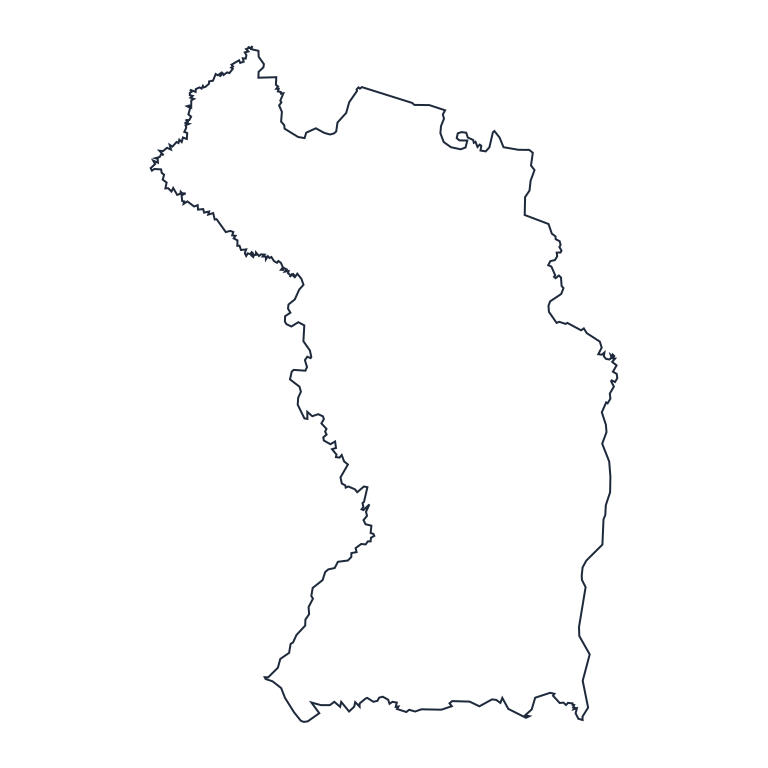 the district of Majalengka, Jawa Barat, Indonesia
{"feature_id": "22746128B87647472826371", "entity_name": "Majalengka", "entity_type": "district", "adm_level": 2, "iso_a3": "IDN", "parent_name": "Indonesia", "parent_adm1": "Jawa Barat", "projection": "albers", "projection_center": [108.194, -6.808], "detail": "fine", "context": "isolated", "style": "outline", "palette": "slate", "viewbox_px": 768, "rotation_deg": 0, "n_neighbors": 0, "source": "geoboundaries", "source_scale": "gbopen_adm2", "svg_char_len": 6052}
<svg xmlns="http://www.w3.org/2000/svg" viewBox="0 0 768 768"><path d="M582.6,720.0L582.5,716.6L588.1,707.6L582.7,680.8L589.7,654.4L579.3,636.0L579.0,627.0L585.6,587.2L582.0,580.0L581.7,575.7L582.6,567.4L586.3,560.6L602.4,544.6L603.5,519.4L605.3,515.0L605.8,505.2L610.1,492.3L610.4,476.7L609.2,461.5L602.2,443.7L606.5,432.1L605.9,424.8L601.8,412.3L606.2,402.4L607.6,403.3L610.4,398.7L609.8,393.6L613.9,386.6L611.1,381.3L611.7,380.4L615.0,382.0L617.3,378.2L616.7,373.9L612.9,371.7L616.6,365.4L612.2,361.9L615.1,358.5L612.9,358.3L614.2,356.0L612.8,354.7L612.6,356.6L610.7,354.9L611.5,357.5L609.5,359.5L606.1,358.9L603.9,356.4L604.4,352.5L601.9,354.7L598.3,354.2L601.7,347.6L599.8,341.6L586.8,333.2L583.8,328.4L581.1,330.3L567.3,322.9L565.6,323.9L559.2,321.8L556.6,322.9L548.9,311.8L548.5,305.7L550.2,301.3L561.2,294.0L563.5,288.1L561.6,286.0L561.0,277.5L558.9,275.5L555.6,278.2L554.0,276.8L555.2,275.3L551.4,266.6L548.2,265.2L550.4,261.1L554.9,260.1L557.2,256.3L556.7,252.6L560.5,252.5L561.5,250.6L559.4,247.1L560.6,244.8L559.6,241.2L555.7,239.2L555.5,236.4L551.8,233.6L548.5,224.0L524.7,215.0L525.1,197.1L529.5,190.6L530.6,180.7L534.5,170.1L531.0,165.5L532.8,152.8L529.3,149.9L518.5,149.8L503.5,147.2L499.6,137.6L494.4,131.0L492.9,132.3L489.4,147.3L485.7,151.4L480.5,150.5L481.3,145.8L479.7,144.6L477.5,147.0L475.5,141.8L473.8,142.8L473.2,140.0L467.8,137.5L466.2,132.7L461.6,132.1L457.8,133.3L456.7,138.1L459.4,140.4L467.3,140.5L465.5,147.5L460.7,149.3L450.9,147.2L443.7,142.0L440.4,133.3L441.0,126.2L444.0,118.6L442.8,114.5L445.1,110.3L429.3,105.1L414.4,104.9L412.1,102.9L361.9,87.1L359.9,88.6L358.5,87.4L356.6,89.4L357.0,91.0L349.2,102.2L346.2,112.9L337.5,122.5L336.2,131.5L333.8,133.5L330.0,134.5L324.3,132.9L315.8,128.3L306.2,132.7L304.6,138.1L298.1,137.0L284.6,128.7L284.2,125.1L281.1,121.6L281.9,111.8L279.1,105.4L281.4,102.4L280.3,100.7L283.4,93.2L280.9,93.6L280.8,92.0L277.9,91.4L278.7,88.8L276.3,88.8L278.1,86.5L275.9,84.8L276.3,77.2L258.4,77.7L258.6,71.8L263.4,67.4L263.9,64.1L258.7,56.8L258.4,50.8L251.3,49.2L252.3,46.1L250.4,48.4L248.2,46.6L248.8,48.1L246.1,49.1L248.4,51.5L244.8,52.4L246.4,55.2L245.7,58.6L242.8,58.3L243.7,61.7L240.2,62.9L239.1,60.3L231.5,64.7L233.0,66.5L231.2,67.6L232.8,68.8L229.4,73.1L227.1,72.4L223.6,75.0L222.6,73.2L219.9,76.6L220.6,73.3L217.8,75.3L215.7,74.0L213.0,80.7L209.1,81.4L208.9,83.9L205.5,86.8L203.7,87.4L202.9,85.9L201.6,88.6L199.5,87.4L195.8,89.1L195.6,91.9L190.0,89.7L191.9,91.6L189.8,92.9L189.8,95.1L192.6,95.9L190.5,97.7L193.9,98.9L191.3,100.3L191.2,107.2L189.5,105.5L187.0,106.2L190.2,107.9L188.4,114.4L191.1,116.7L189.3,120.0L185.5,120.1L188.0,121.0L187.8,122.3L184.6,122.9L188.9,123.9L185.5,125.3L186.3,127.6L184.3,131.9L187.2,133.0L186.8,139.0L182.9,137.5L181.7,142.0L179.3,139.7L178.5,143.0L176.6,142.0L172.4,146.6L169.7,144.9L171.0,149.6L167.0,147.8L163.0,151.1L159.4,150.7L163.5,155.1L161.1,154.2L159.7,157.0L155.4,158.2L157.7,158.8L157.9,162.7L153.2,160.6L155.1,164.1L150.7,168.1L151.9,170.6L154.3,169.0L161.1,169.4L161.7,172.9L164.1,174.7L162.7,179.6L166.6,182.5L165.4,188.4L168.1,188.2L171.5,191.5L173.2,188.0L177.2,194.9L180.5,193.7L180.7,191.7L182.2,193.3L185.6,193.4L181.6,195.3L182.2,201.1L184.1,201.4L183.6,203.9L187.4,201.4L194.1,206.5L197.7,205.2L198.0,209.6L203.2,209.1L204.1,212.6L209.1,211.5L208.2,214.6L213.2,213.1L214.7,219.5L216.6,219.2L225.8,232.1L230.2,230.9L233.3,232.0L232.2,235.4L235.5,235.8L233.7,238.4L237.5,240.4L237.3,245.8L239.5,245.7L241.0,250.0L246.2,249.4L244.8,253.1L246.2,256.0L247.7,253.4L250.4,254.1L251.7,252.1L253.0,253.3L251.4,255.5L253.3,257.0L253.9,255.0L255.9,254.9L256.0,252.5L259.0,256.0L260.8,254.4L264.5,254.6L262.8,256.5L265.8,256.6L265.9,259.3L267.9,256.2L269.5,258.0L271.4,257.0L273.9,261.0L277.0,262.8L278.4,261.0L281.0,263.0L282.9,267.4L281.0,269.8L283.2,269.9L283.6,267.8L286.7,269.4L284.9,271.6L288.6,271.0L288.0,273.2L290.3,275.0L290.0,276.9L291.8,274.4L293.3,275.8L292.6,273.3L295.3,276.6L297.3,273.7L301.4,278.8L303.5,284.8L299.2,289.6L294.8,299.4L288.5,304.5L288.0,308.6L290.4,312.7L285.1,316.2L284.9,321.6L286.5,324.2L291.4,326.5L298.3,322.2L304.3,325.4L303.4,341.2L309.9,350.5L311.3,357.0L310.6,358.1L307.3,356.7L304.9,360.1L307.0,367.0L305.4,370.7L293.6,369.9L291.7,371.7L290.0,379.4L299.5,386.7L300.9,391.7L298.2,397.7L297.7,404.7L304.4,418.4L307.4,418.9L307.3,411.9L312.3,416.2L318.2,414.2L322.9,416.3L323.9,419.0L321.4,423.4L326.5,428.9L325.1,431.6L326.6,434.6L323.3,437.3L323.8,440.5L330.4,444.2L335.1,441.5L336.0,448.0L332.0,449.2L336.5,454.6L335.9,457.1L339.5,457.6L341.7,455.0L344.1,461.4L347.9,464.5L340.5,477.4L341.8,483.5L345.3,485.4L345.7,487.6L348.4,486.5L354.9,489.3L357.2,492.2L363.9,486.5L367.4,487.2L364.0,501.9L362.5,503.1L363.4,506.9L361.6,509.3L363.5,510.1L369.4,504.4L366.0,511.8L367.0,515.9L363.5,520.1L365.5,524.2L371.4,525.7L370.6,533.0L373.4,533.9L374.3,535.9L371.0,537.7L370.6,541.4L367.8,541.4L365.7,544.4L361.2,544.0L355.6,548.1L356.6,552.1L351.4,553.1L351.3,557.0L347.9,560.5L337.9,561.8L334.7,568.0L328.3,569.4L325.2,572.0L322.6,580.1L312.7,587.9L311.3,596.0L313.0,598.6L308.6,607.0L309.1,614.2L305.4,619.6L305.2,625.6L296.5,634.9L293.0,642.5L290.6,643.9L289.1,652.9L280.3,658.9L277.9,667.7L268.2,677.3L264.7,677.2L265.6,679.0L272.5,681.3L281.2,688.1L285.0,697.9L294.1,712.4L300.9,720.8L303.7,721.9L307.7,721.4L319.3,713.2L311.4,702.5L320.8,705.1L329.9,705.1L334.3,701.8L340.1,706.8L341.2,701.9L349.1,711.5L354.2,706.7L355.2,702.1L359.6,706.7L359.6,703.5L365.6,698.5L367.3,697.9L373.4,701.8L377.5,700.8L379.1,697.7L382.7,696.7L388.2,699.7L389.5,703.8L392.5,701.8L396.8,702.6L395.7,706.9L398.5,706.5L397.0,709.0L406.3,712.0L409.2,709.8L415.1,711.5L421.5,709.3L441.4,709.7L451.8,706.2L449.5,703.3L452.2,701.1L469.6,701.6L479.4,706.3L492.0,699.4L496.2,699.9L500.4,702.9L502.3,697.9L508.3,708.9L526.0,717.8L529.3,716.2L525.1,715.4L531.7,709.4L535.2,697.7L550.2,692.8L554.4,693.8L553.0,695.7L559.7,703.0L563.4,702.6L566.0,705.0L568.0,702.9L572.6,703.4L572.6,704.9L574.1,705.0L573.1,707.4L574.7,707.7L573.7,709.2L576.9,708.2L575.6,713.3L578.4,718.8L582.6,720.0Z" fill="none" stroke="#1e293b" stroke-width="2"/></svg>